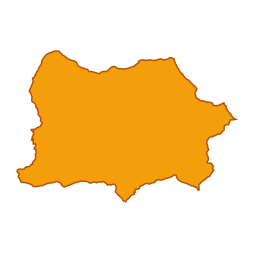 outline of Caldas, Antioquia, Colombia, rotated 275°
{"feature_id": "7082276B42449949359128", "entity_name": "Caldas", "entity_type": "district", "adm_level": 2, "iso_a3": "COL", "parent_name": "Colombia", "parent_adm1": "Antioquia", "projection": "natural_earth1", "projection_center": [-75.63, 6.049], "detail": "fine", "context": "isolated", "style": "filled", "palette": "amber", "viewbox_px": 256, "rotation_deg": 275, "n_neighbors": 0, "source": "geoboundaries", "source_scale": "gbopen_adm2", "svg_char_len": 5759}
<svg xmlns="http://www.w3.org/2000/svg" viewBox="0 0 256 256"><g transform="rotate(275 128 128)"><path d="M172.6,193.2L174.6,192.0L174.9,191.3L175.7,190.6L176.0,189.9L178.9,186.3L180.6,184.7L181.3,183.6L181.8,182.1L182.8,180.6L184.6,178.9L185.4,178.6L186.3,177.6L187.6,175.9L188.2,175.4L188.7,174.5L190.5,173.9L191.5,172.8L192.3,172.2L193.1,171.4L193.9,171.2L198.0,168.8L200.9,167.7L201.3,166.8L201.6,165.4L201.7,164.4L201.6,163.6L201.3,162.9L200.5,162.0L199.4,160.2L199.5,158.9L198.9,157.6L199.0,156.6L199.8,155.0L198.7,151.4L198.1,150.5L197.7,148.7L197.5,146.9L197.7,146.3L197.6,144.8L197.7,143.7L197.7,142.8L197.4,141.9L196.9,141.1L196.7,140.2L197.0,139.7L197.2,137.3L196.9,135.4L196.3,133.9L195.6,133.1L195.2,133.1L194.8,132.7L193.8,132.8L191.1,129.4L189.8,128.8L189.6,127.4L189.3,126.6L188.8,125.8L188.0,124.1L187.4,123.2L187.2,121.8L186.6,120.1L186.5,119.1L186.3,113.9L186.5,112.5L188.0,109.7L188.2,108.9L188.1,108.4L186.8,105.8L185.9,104.9L184.0,103.5L182.8,102.3L182.5,101.6L182.2,99.9L182.0,98.0L181.6,97.0L181.2,96.3L179.7,94.9L179.6,94.4L180.5,90.1L180.7,88.5L181.2,86.5L180.7,84.7L180.8,84.4L181.0,84.0L182.7,82.7L182.9,82.1L183.8,77.6L185.1,73.5L185.4,73.0L186.4,72.2L188.4,71.3L189.0,70.7L189.9,69.3L190.2,68.5L190.4,65.8L190.9,64.4L191.3,62.8L194.3,58.2L194.8,56.6L195.5,55.7L195.9,55.5L196.4,55.0L196.9,53.7L198.2,53.0L198.5,51.9L198.5,50.6L198.1,48.1L194.7,41.0L193.7,40.0L188.7,36.7L187.5,36.4L185.9,36.3L183.4,35.9L180.9,34.2L177.3,33.3L176.2,32.3L174.7,31.9L173.1,31.1L170.7,30.4L169.5,28.8L169.1,28.5L168.1,29.0L167.4,29.2L166.1,29.4L165.3,29.3L164.1,29.0L156.0,26.4L155.6,26.9L154.6,27.5L153.5,28.5L152.1,28.9L150.9,29.6L146.9,29.7L146.3,29.9L145.3,31.1L144.7,32.7L143.6,33.8L141.8,34.4L141.1,34.3L140.5,34.6L139.8,35.3L139.1,36.4L138.3,36.2L136.0,37.4L134.7,37.1L133.3,37.6L132.3,38.8L131.1,39.5L130.4,40.2L130.0,40.4L127.4,40.2L125.8,41.7L125.5,42.3L123.2,40.9L122.0,40.7L120.7,38.3L120.5,37.6L120.0,37.0L119.5,36.7L118.2,34.8L118.6,34.3L118.1,32.8L118.1,31.8L117.4,31.9L117.1,32.1L116.1,33.6L116.1,34.1L115.6,33.9L114.7,34.4L113.5,34.2L113.0,34.4L112.6,34.4L112.2,34.0L111.7,33.9L111.1,33.5L110.3,33.4L109.4,33.4L109.1,33.2L107.9,33.1L108.3,33.5L107.8,33.6L107.6,33.8L109.0,34.4L108.8,34.6L108.6,34.8L106.6,34.5L105.9,34.8L103.8,35.0L103.9,36.0L104.2,37.1L103.4,37.5L102.7,37.6L102.2,37.4L101.6,37.4L99.3,36.2L99.0,36.3L98.9,37.1L98.7,37.4L98.4,38.3L96.6,38.3L95.6,38.8L94.7,38.7L94.0,38.0L91.3,38.5L88.9,38.4L88.2,38.1L86.7,36.8L85.6,36.1L85.1,35.9L84.0,36.1L83.4,36.0L83.3,34.6L82.4,34.2L81.2,33.4L80.8,32.0L80.5,30.0L79.3,28.8L78.0,28.0L77.7,25.9L77.6,23.6L77.3,22.6L76.6,21.5L75.3,21.4L74.5,21.5L74.2,21.7L73.0,23.5L72.8,23.6L70.7,23.0L69.5,23.0L67.9,24.7L66.4,25.2L65.0,26.0L64.7,26.7L64.6,27.6L64.6,31.0L63.6,35.7L63.1,36.8L62.5,37.7L61.6,38.4L61.4,38.7L61.4,39.3L61.6,41.4L62.2,43.4L62.9,46.5L63.2,47.5L66.1,53.3L66.8,57.3L67.4,59.1L68.5,60.9L68.5,61.5L68.1,63.6L67.5,65.1L66.9,65.8L65.6,66.8L64.7,67.8L64.0,68.7L63.7,69.5L65.2,73.1L67.7,77.9L68.7,79.6L69.8,82.7L70.4,84.2L70.8,84.7L70.9,86.6L71.1,87.5L71.1,89.1L71.3,90.8L71.0,92.2L69.9,94.5L69.9,95.0L70.1,96.1L71.3,99.0L71.3,99.9L70.7,101.2L71.8,103.6L71.9,104.1L71.7,105.6L72.1,106.3L72.1,107.5L72.6,108.2L72.1,109.1L71.5,109.6L71.4,110.2L71.2,110.5L70.9,111.3L69.6,112.2L69.4,112.7L69.4,113.0L70.1,114.0L69.7,115.3L69.7,116.1L70.6,117.5L70.6,118.3L70.8,119.4L70.5,119.9L69.6,120.7L67.7,121.6L66.9,121.6L63.4,120.9L59.7,125.0L57.5,128.2L56.7,128.8L55.8,129.0L55.2,129.5L55.0,129.8L54.6,131.6L54.3,132.0L56.1,132.9L58.0,134.9L60.6,136.6L61.7,137.8L62.1,139.1L62.9,140.3L64.3,139.3L64.7,139.6L64.8,140.8L66.0,140.2L67.3,140.6L67.6,141.0L68.0,143.4L68.4,143.7L68.9,144.6L70.7,145.0L71.6,145.9L71.8,147.1L72.0,147.5L73.7,149.1L74.0,150.7L74.3,151.1L74.5,152.1L74.1,153.5L74.1,154.6L75.4,156.4L75.5,157.6L75.8,158.5L77.0,160.0L78.1,160.5L78.9,162.0L79.1,164.2L79.0,165.6L79.2,166.7L81.1,170.2L82.3,173.9L83.9,176.6L85.0,177.6L85.4,178.4L84.9,180.2L83.1,180.8L81.2,182.0L80.7,182.6L78.7,186.8L78.1,190.4L77.4,192.5L76.9,194.2L76.0,196.1L75.8,197.1L75.8,198.2L75.0,200.2L74.9,201.3L74.1,202.0L73.6,202.6L72.7,202.7L72.2,204.0L73.3,204.2L74.1,203.8L74.8,204.0L76.8,203.4L77.6,203.5L78.2,203.8L78.7,204.6L80.0,205.3L80.7,206.1L81.3,206.9L82.2,207.5L82.9,208.6L83.3,208.9L84.0,210.0L84.9,210.1L85.5,211.2L86.5,212.0L86.5,213.0L86.8,213.5L88.2,213.9L90.3,215.3L93.3,217.0L93.8,216.8L94.0,216.1L94.3,215.9L96.0,215.9L97.2,216.4L98.2,215.6L98.7,214.6L100.1,214.4L100.1,214.0L99.9,213.3L100.1,212.4L100.1,210.5L100.5,209.9L100.8,209.8L101.4,209.8L102.7,210.6L103.7,210.9L105.5,210.5L106.9,209.9L107.8,209.4L108.7,208.5L109.0,208.4L110.0,208.8L111.3,208.7L112.9,210.0L113.7,210.3L116.0,208.8L116.5,208.8L117.0,209.0L117.4,209.0L119.4,207.7L120.7,207.9L121.9,207.8L122.6,208.2L123.1,208.3L124.0,208.9L125.0,209.3L125.5,209.9L125.8,210.5L126.8,211.4L126.6,213.2L127.3,213.6L128.2,215.9L129.5,217.5L129.7,218.1L129.7,219.1L130.3,220.3L131.0,221.1L132.1,222.0L132.8,222.3L133.9,223.6L134.4,223.9L135.1,223.9L136.1,223.7L137.5,223.7L139.1,224.3L139.9,225.8L140.1,226.6L140.0,227.8L140.2,228.0L141.7,228.1L142.6,228.8L144.4,228.9L145.0,229.2L145.2,231.2L146.0,234.6L147.3,232.0L148.1,231.0L150.7,229.2L153.1,226.4L154.7,225.2L158.7,223.4L158.9,222.4L159.2,222.1L161.4,221.4L161.4,221.1L161.0,220.8L161.0,220.5L160.7,219.8L160.3,219.5L159.6,218.5L159.4,217.7L158.8,216.9L158.3,216.7L158.1,214.4L157.8,213.5L157.8,212.3L158.3,210.8L159.9,210.1L160.2,209.8L160.4,208.2L160.8,207.2L160.9,206.4L160.8,205.3L160.5,204.4L161.5,201.2L161.4,200.2L161.6,199.6L161.6,199.1L161.3,198.3L161.3,197.9L163.0,195.7L163.1,195.3L163.1,195.0L164.0,193.6L164.6,193.2L165.7,192.9L167.0,192.3L168.2,191.5L169.0,191.6L170.2,192.4L172.0,193.1L172.6,193.2Z" fill="#f59e0b" stroke="#b45309" stroke-width="1.5"/></g></svg>